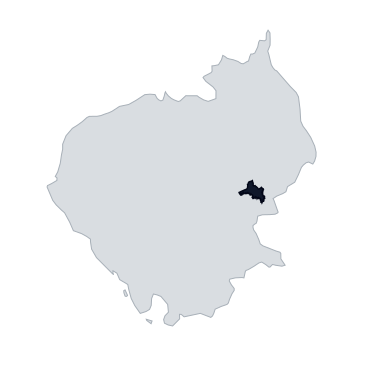 location of Chhloung, Krâchéh, Cambodia, rotated 339°
{"feature_id": "14789045B96545795392219", "entity_name": "Chhloung", "entity_type": "district", "adm_level": 2, "iso_a3": "KHM", "parent_name": "Cambodia", "parent_adm1": "Krâchéh", "projection": "robinson", "projection_center": [106.098, 12.159], "detail": "fine", "context": "in_parent", "style": "filled", "palette": "ink", "viewbox_px": 384, "rotation_deg": 339, "n_neighbors": 0, "source": "geoboundaries", "source_scale": "gbopen_adm2", "svg_char_len": 7208}
<svg xmlns="http://www.w3.org/2000/svg" viewBox="0 0 384 384"><g transform="rotate(339 192 192)"><path d="M321.0,68.2L321.8,71.4L319.7,77.4L317.5,82.9L313.2,87.6L313.0,91.1L311.6,101.6L312.1,104.9L313.1,107.8L314.5,109.3L318.2,119.5L321.6,128.8L324.9,136.4L325.5,141.3L322.5,153.5L318.9,164.8L319.2,170.4L320.8,176.0L322.4,183.5L323.0,193.0L322.1,199.3L320.5,203.2L317.5,207.1L314.8,209.2L311.6,205.8L309.1,205.6L305.7,206.7L303.0,208.2L297.5,214.0L291.4,219.7L283.1,221.2L279.8,225.4L276.3,226.0L269.6,226.2L265.3,227.2L265.5,229.3L265.2,239.3L265.2,241.6L264.6,242.2L261.6,242.5L256.5,241.0L249.6,238.5L244.7,238.1L242.2,242.5L240.7,244.2L238.8,244.5L236.9,245.2L236.2,247.2L236.0,249.6L237.0,253.8L237.3,260.4L237.1,264.9L238.9,267.7L249.4,277.3L252.5,279.7L252.9,281.1L251.0,286.3L252.7,293.7L249.4,293.5L243.9,290.4L241.2,288.5L238.0,290.0L236.9,289.7L234.8,286.1L232.0,282.4L229.1,282.2L222.9,283.6L216.7,284.6L214.3,284.6L213.3,285.3L209.7,290.8L208.1,289.8L201.8,287.7L196.0,286.9L194.9,288.4L195.5,292.8L196.8,297.2L196.1,299.0L192.9,301.3L188.7,305.5L186.1,308.7L184.4,309.5L178.0,309.3L171.6,309.7L169.1,312.8L166.7,315.1L164.6,315.8L156.3,308.3L139.9,305.7L138.1,302.4L136.5,301.7L135.0,306.0L125.9,310.1L122.1,307.6L119.3,304.6L119.8,300.9L122.4,297.9L126.9,295.8L129.0,288.2L125.6,278.4L122.6,275.6L119.4,273.4L116.1,277.0L113.3,283.2L110.3,286.4L106.2,287.1L100.2,286.8L97.9,277.6L97.1,269.7L98.0,260.6L98.9,255.3L93.1,247.9L92.8,240.9L90.0,237.2L89.2,239.1L89.2,241.1L88.4,239.6L79.3,219.0L77.8,209.4L79.4,202.1L80.3,199.6L77.7,195.7L74.0,191.3L67.4,185.6L67.0,176.4L65.6,165.7L63.6,162.0L60.6,155.4L59.0,149.9L58.5,135.4L59.4,134.2L64.0,133.8L70.0,132.8L71.0,130.4L69.9,128.5L73.8,125.2L79.3,118.0L83.5,110.5L86.6,105.7L88.4,101.0L94.6,94.3L103.1,89.7L108.8,88.6L114.8,87.0L120.6,84.8L123.3,84.6L130.5,87.3L134.3,88.0L138.4,88.0L142.6,88.2L146.2,88.0L155.0,86.1L164.2,87.6L172.5,86.4L182.8,84.2L187.8,85.6L192.4,87.8L193.0,92.2L194.1,94.2L195.6,95.8L197.7,95.8L200.3,92.7L202.5,89.5L203.2,88.9L203.3,90.5L204.4,93.9L206.3,97.3L208.3,99.6L211.6,102.6L213.7,102.7L220.7,99.9L231.3,104.0L232.5,106.0L235.9,110.2L239.6,113.2L247.8,113.4L250.7,106.0L249.3,101.5L244.6,93.7L243.3,89.1L244.8,88.3L252.7,87.4L254.0,86.5L255.8,81.4L257.9,82.0L262.3,82.7L266.9,79.2L269.7,75.5L271.2,77.2L272.8,79.8L274.6,81.2L278.0,83.4L281.6,86.5L283.9,89.6L285.8,90.7L290.5,89.9L291.7,90.0L294.4,86.3L296.4,84.3L298.0,84.9L300.4,84.8L305.3,80.2L308.1,75.9L309.6,74.7L314.0,76.9L315.8,76.4L318.3,70.5L321.0,68.2ZM94.8,265.4L93.9,265.9L93.0,265.9L92.2,265.1L92.3,261.8L92.9,259.7L94.4,259.4L94.8,265.4ZM108.5,298.1L106.6,300.3L103.7,295.7L103.7,294.4L108.5,298.1Z" fill="#d9dde1" stroke="#a8b0b8" stroke-width="1"/><path d="M255.4,226.3L255.5,226.0L255.9,225.8L255.9,225.7L255.7,225.6L255.5,225.0L255.8,225.0L256.0,225.2L256.1,225.3L256.2,225.2L256.3,224.9L256.3,224.4L256.5,224.0L256.8,224.2L257.1,223.8L257.2,223.7L257.6,223.9L257.7,223.7L257.3,223.2L257.2,223.2L257.2,222.9L257.4,222.9L257.3,222.6L257.6,222.5L257.6,222.4L257.7,222.2L257.9,222.3L258.0,222.3L258.1,222.2L258.1,221.9L258.0,221.7L257.5,221.5L257.3,221.2L256.8,221.1L256.9,220.5L257.1,220.4L257.0,220.1L257.1,219.8L256.8,219.5L256.8,219.3L256.9,219.2L257.0,219.3L257.1,219.0L257.1,218.7L257.4,218.7L257.5,218.6L257.5,218.4L257.3,218.3L257.2,218.3L257.1,218.2L257.1,217.8L257.4,217.9L257.6,217.7L257.8,217.6L257.8,217.4L257.8,217.1L258.0,217.2L258.1,216.9L258.3,216.8L258.4,216.7L258.2,216.5L258.3,216.1L258.5,216.0L258.5,215.9L258.4,215.8L258.4,215.7L258.6,215.7L258.7,215.8L258.8,215.8L258.9,215.6L259.0,215.5L259.3,215.6L259.5,215.5L259.6,215.0L259.6,214.9L259.4,214.7L259.5,214.5L259.2,214.3L259.1,214.0L258.7,213.7L258.7,213.2L258.6,212.9L258.5,212.7L258.4,212.8L258.3,212.7L258.2,212.8L258.1,213.0L257.8,212.9L257.6,213.0L257.4,212.9L257.2,212.9L256.9,213.1L256.7,213.2L256.1,213.1L255.5,213.2L255.2,213.2L254.9,212.9L254.8,212.5L254.8,212.2L254.7,211.8L254.5,211.3L254.0,210.6L253.9,210.4L254.0,210.2L253.6,209.7L253.4,209.4L253.1,208.6L252.5,208.6L252.2,208.5L251.7,208.4L251.5,208.2L251.6,207.8L251.5,207.5L251.6,207.4L251.9,206.5L252.0,206.2L252.1,205.9L252.3,205.6L252.2,205.1L252.0,204.5L252.1,204.3L252.4,203.7L252.4,203.4L252.4,203.0L252.1,203.1L251.8,203.1L251.3,203.3L250.6,203.1L249.7,203.0L248.8,203.1L248.4,203.2L248.0,203.6L247.9,204.0L247.7,204.1L247.4,204.5L247.0,204.8L246.6,204.8L246.6,205.3L246.4,205.8L245.8,207.1L245.5,207.7L244.8,208.5L244.5,208.7L244.1,208.8L243.8,209.0L243.4,209.0L242.7,208.9L238.3,209.1L236.5,209.3L235.8,209.3L235.8,209.7L235.8,210.3L236.0,210.6L236.0,210.8L236.2,211.4L236.1,211.5L236.3,211.9L236.4,212.0L236.4,212.3L236.5,212.4L236.8,212.4L236.9,212.5L237.0,212.5L237.0,212.1L237.3,212.0L237.2,211.8L237.3,211.6L237.5,211.5L237.5,211.3L237.7,211.6L237.8,211.6L237.7,211.7L237.8,211.8L238.0,211.7L238.0,211.8L238.1,211.7L238.3,211.6L238.3,211.8L238.4,211.7L238.4,211.8L238.4,212.0L238.5,212.0L238.5,211.8L238.9,211.9L239.0,212.1L239.3,211.9L239.5,211.8L239.8,211.9L239.8,211.7L239.7,211.7L239.8,211.6L239.7,211.5L239.8,211.4L239.8,211.5L240.0,211.7L240.1,211.9L240.3,211.7L240.5,211.8L240.7,211.6L240.8,211.6L240.8,211.4L240.9,211.6L241.0,211.9L241.4,212.0L241.6,212.2L241.5,212.4L241.5,212.7L241.7,212.8L241.8,212.8L241.9,212.7L242.0,212.7L242.2,212.8L242.3,212.9L242.5,212.8L242.8,212.8L243.0,212.8L243.0,212.7L242.9,212.6L243.1,212.5L243.4,212.4L243.5,212.5L244.0,212.5L244.0,212.8L244.0,213.0L243.9,213.2L243.6,213.1L243.7,213.4L243.9,213.4L244.0,213.7L244.0,213.8L244.1,213.6L244.3,213.5L244.7,213.6L244.9,213.7L244.9,213.9L244.7,214.0L244.8,214.2L245.1,214.5L245.3,214.9L245.3,215.1L245.3,215.3L245.2,215.6L245.3,215.7L245.6,215.7L245.9,215.6L246.1,215.6L246.4,215.5L246.5,215.2L246.7,215.6L246.5,215.8L246.7,215.7L246.8,215.8L246.9,216.3L247.4,216.6L247.4,217.0L247.2,217.0L247.3,217.4L247.4,217.6L247.4,217.8L247.2,217.8L247.1,218.0L246.9,217.9L246.8,218.0L246.9,218.3L246.7,218.5L246.6,218.4L246.4,218.6L246.6,218.7L246.6,218.8L246.6,219.0L246.7,218.9L246.9,218.9L246.9,219.0L246.6,219.4L246.7,219.5L246.7,219.4L246.8,219.4L246.8,219.5L247.0,219.5L246.9,219.3L247.0,219.2L247.0,219.3L247.3,219.2L247.4,219.3L247.4,219.5L247.8,219.5L248.2,219.4L248.3,219.4L248.2,219.5L248.1,219.9L248.1,220.0L248.3,220.1L248.6,220.2L248.7,219.9L248.8,219.9L249.0,220.0L249.2,219.8L249.1,220.0L249.4,220.0L249.4,219.9L249.5,219.8L249.8,219.9L249.7,220.2L249.7,220.3L250.0,219.8L250.1,220.0L250.4,220.3L250.3,220.5L250.5,220.6L250.4,220.8L250.6,221.0L250.8,220.9L250.9,221.0L251.0,220.9L251.1,221.0L251.1,221.6L251.3,221.5L251.3,221.3L251.2,221.2L251.3,221.2L251.4,221.4L251.7,221.1L251.8,221.0L251.9,221.4L252.1,221.4L252.2,221.5L252.3,221.9L252.5,221.7L252.7,222.0L252.9,222.0L253.1,222.2L253.2,222.3L253.3,222.6L253.5,223.0L253.3,223.2L253.3,223.3L253.5,223.2L253.5,223.3L253.6,223.7L253.5,223.8L253.3,223.9L253.3,224.0L253.3,224.3L253.0,224.4L253.0,224.7L253.0,225.3L253.2,225.8L253.1,226.0L252.9,225.9L252.8,226.1L253.2,226.2L253.3,226.2L253.3,226.3L253.1,226.4L253.1,226.5L253.4,226.8L253.4,227.1L253.5,227.0L253.5,226.9L253.8,226.7L254.2,226.3L254.3,226.1L254.5,226.0L254.4,226.2L254.5,226.2L254.9,226.1L255.0,226.2L255.4,226.3L255.4,226.3Z" fill="#0f172a" stroke="#020617" stroke-width="1.5"/></g></svg>